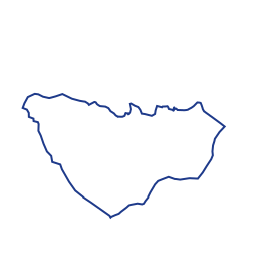 outline of Azum, Central Darfur, Sudan, rotated 57°
{"feature_id": "16777658B93719594104494", "entity_name": "Azum", "entity_type": "district", "adm_level": 2, "iso_a3": "SDN", "parent_name": "Sudan", "parent_adm1": "Central Darfur", "projection": "mercator", "projection_center": [22.965, 12.946], "detail": "fine", "context": "isolated", "style": "outline", "palette": "blue", "viewbox_px": 256, "rotation_deg": 57, "n_neighbors": 0, "source": "geoboundaries", "source_scale": "gbopen_adm2", "svg_char_len": 2648}
<svg xmlns="http://www.w3.org/2000/svg" viewBox="0 0 256 256"><g transform="rotate(57 128 128)"><path d="M193.6,191.6L193.5,191.1L193.4,190.5L194.1,186.3L194.9,182.7L194.4,179.5L193.9,172.7L193.4,169.6L194.5,166.7L196.8,161.1L199.9,157.7L200.3,155.9L199.0,153.1L197.6,148.9L196.4,148.1L194.0,144.0L190.0,135.9L188.8,131.4L189.7,126.9L191.1,120.4L196.2,116.5L197.0,115.4L199.7,112.3L203.6,103.7L208.5,96.9L206.0,89.5L202.8,82.7L199.5,75.2L197.1,71.7L193.6,69.9L188.9,66.1L186.1,62.7L184.4,61.0L181.2,53.4L181.0,52.5L179.4,46.1L174.2,47.9L163.9,51.8L162.7,52.3L162.2,52.5L161.3,52.8L157.8,54.2L155.8,54.9L155.7,55.0L155.4,55.0L155.2,55.1L154.1,55.0L152.8,54.9L152.0,54.6L150.1,54.1L148.9,53.8L146.8,53.4L146.5,53.4L145.5,54.4L144.6,55.6L144.4,55.9L144.7,57.4L145.5,61.0L145.6,64.0L145.5,64.5L145.3,67.0L145.3,67.7L145.3,67.8L145.2,68.0L145.0,68.6L144.2,70.3L143.4,71.6L142.4,73.0L140.4,75.9L140.3,76.0L140.0,76.5L139.1,76.7L138.2,76.9L138.0,77.5L137.7,78.0L137.2,78.0L136.7,78.0L136.1,78.0L136.0,78.3L136.4,78.8L136.6,78.9L136.7,79.1L137.9,79.6L138.2,80.3L137.8,80.6L137.2,80.6L134.3,83.3L132.6,82.9L131.3,83.0L131.1,83.4L130.6,84.4L128.9,87.3L129.2,88.1L127.0,90.1L125.4,91.6L128.3,95.2L131.0,97.6L130.8,101.3L125.5,106.2L123.5,108.5L119.5,107.7L116.1,107.9L113.1,110.0L109.3,111.9L108.8,113.3L113.8,115.3L116.2,117.8L116.7,119.8L116.5,120.5L116.4,120.5L116.4,120.4L116.2,120.4L115.9,120.2L115.7,120.1L115.6,120.3L115.1,120.9L115.0,121.1L114.9,121.3L114.7,121.4L114.6,121.5L114.4,121.7L114.2,121.8L114.1,122.1L115.2,123.6L115.3,123.7L115.5,124.0L115.8,124.4L115.8,124.5L115.7,125.2L115.4,126.7L115.3,126.8L114.4,128.3L114.2,128.5L113.6,129.4L113.5,129.5L113.3,129.8L113.1,130.2L113.0,130.4L112.9,130.4L112.9,130.5L111.8,131.0L111.5,131.2L111.0,131.4L110.7,131.5L109.9,131.7L109.6,131.7L108.9,131.8L108.1,131.9L108.0,132.0L107.9,132.0L107.7,132.1L106.5,132.6L104.3,133.6L102.7,133.6L100.6,133.7L97.7,135.4L96.8,136.5L96.3,137.1L95.9,137.6L95.7,137.9L94.5,139.4L94.2,139.7L94.0,139.8L93.0,140.3L91.3,141.0L90.6,141.1L90.1,141.1L89.0,141.1L88.8,141.2L88.5,141.4L88.0,141.9L87.8,142.1L87.6,144.5L87.4,146.5L87.3,148.2L85.5,148.3L82.5,149.7L81.3,151.1L78.9,153.7L72.9,159.1L63.8,164.6L63.5,165.8L62.0,171.6L60.6,176.0L60.0,177.7L59.5,178.3L55.4,182.3L50.9,184.9L48.6,187.6L48.5,188.0L47.5,195.2L50.9,201.5L53.8,205.4L57.5,202.8L61.3,203.0L64.7,205.1L68.6,202.2L70.8,203.4L74.0,200.4L76.0,200.8L81.6,204.7L86.8,205.3L95.1,207.4L103.5,208.8L109.5,207.6L115.1,210.0L121.6,204.7L126.6,205.9L140.8,206.7L151.5,206.3L161.5,203.0L162.0,203.5L164.9,202.3L170.2,200.0L191.6,191.4L193.0,191.6L193.6,191.6Z" fill="none" stroke="#1e3a8a" stroke-width="2"/></g></svg>